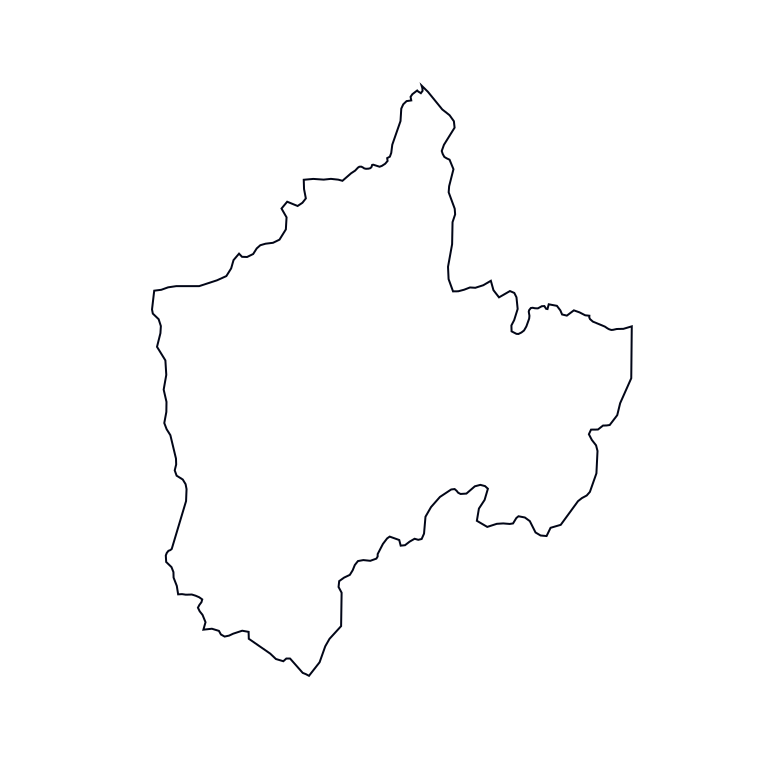 map outline of Masovian (Equal Earth projection), rotated 280°
{"feature_id": "POL-3148", "entity_name": "Masovian", "entity_type": "Voivodeship", "adm_level": 1, "iso_a3": "POL", "parent_name": "Poland", "parent_adm1": "", "projection": "equal_earth", "projection_center": [21.23, 52.228], "detail": "fine", "context": "isolated", "style": "outline", "palette": "ink", "viewbox_px": 768, "rotation_deg": 280, "n_neighbors": 0, "source": "natural_earth", "source_scale": "10m", "svg_char_len": 3505}
<svg xmlns="http://www.w3.org/2000/svg" viewBox="0 0 768 768"><g transform="rotate(280 384 384)"><path d="M436.0,141.5L438.1,148.3L441.7,154.6L444.3,162.4L448.3,185.0L457.1,201.5L462.9,210.0L471.3,213.4L479.9,214.3L487.2,218.6L484.6,222.1L485.3,227.1L489.3,232.6L495.4,235.1L499.2,238.1L501.6,243.0L503.8,250.2L508.0,256.0L519.2,260.5L531.2,259.1L539.0,252.6L546.7,257.0L544.3,268.0L548.3,272.2L553.2,274.8L562.1,271.4L571.2,269.5L573.7,278.8L574.8,289.1L576.8,296.1L577.3,303.5L576.9,307.8L585.8,315.0L589.1,318.5L592.6,320.8L593.7,322.0L594.1,323.9L593.6,325.6L592.9,327.1L592.8,328.9L593.4,331.4L594.2,333.1L595.5,334.0L597.7,334.3L598.1,335.3L597.2,341.9L598.4,344.0L601.1,346.9L604.3,348.8L607.0,347.9L608.9,350.3L612.8,351.0L621.1,350.6L645.8,354.6L658.2,353.2L662.8,354.4L666.5,357.1L668.0,361.6L671.4,360.3L674.3,361.6L678.8,365.7L678.0,366.8L677.2,368.9L676.8,369.8L679.4,371.1L682.0,370.4L684.4,369.2L679.4,376.5L664.5,393.7L660.1,401.9L654.9,407.2L648.7,409.0L630.0,401.5L623.5,400.4L620.7,401.9L618.1,404.0L617.1,406.6L616.3,409.6L607.6,415.1L590.1,413.8L584.0,414.4L568.9,423.2L563.4,424.6L555.3,423.4L533.5,426.8L510.5,426.7L498.5,429.4L487.2,435.9L488.2,441.0L490.8,446.6L494.0,451.9L494.6,457.2L498.5,464.6L504.2,471.3L495.4,475.5L489.3,482.2L497.4,491.9L496.3,496.5L492.4,499.4L481.1,502.6L469.5,501.1L463.8,499.3L458.0,500.5L456.4,505.7L456.6,507.7L458.6,510.4L461.0,512.6L465.4,514.2L473.6,515.6L476.4,515.4L480.3,514.0L481.9,514.1L484.3,515.4L484.9,517.2L484.8,519.5L485.2,522.4L488.0,525.9L488.6,528.4L486.2,530.6L486.2,532.0L491.1,532.4L491.0,540.7L487.1,544.9L483.4,547.3L483.1,552.2L489.5,558.2L488.5,564.1L486.6,570.2L486.9,574.4L485.2,574.6L483.7,575.6L481.7,578.9L478.9,591.5L477.6,594.4L477.0,596.2L476.7,598.5L477.1,600.1L478.6,603.7L479.9,610.2L483.8,618.0L432.6,626.5L406.1,619.9L393.8,619.1L382.8,613.4L381.8,610.3L381.1,606.9L376.3,602.6L375.0,595.8L370.1,594.5L365.1,598.3L360.4,603.5L355.1,605.9L332.9,608.7L313.5,605.5L309.4,603.0L306.0,598.7L302.3,595.4L276.0,582.5L271.3,573.0L262.5,570.5L262.0,564.5L264.1,559.0L274.3,551.4L277.0,545.9L277.1,539.4L275.0,537.6L269.1,535.3L268.0,532.1L267.4,525.6L265.9,519.4L261.2,510.5L265.4,499.2L277.8,499.1L287.3,503.2L298.9,504.5L301.0,501.2L301.4,496.4L299.0,491.2L290.4,484.2L289.0,478.5L289.8,475.9L291.4,474.1L292.8,471.8L291.8,468.5L282.5,458.7L271.0,451.7L260.5,447.9L243.6,449.4L237.9,448.0L236.5,444.8L236.9,441.0L233.2,436.6L228.9,432.7L227.7,428.5L233.0,426.1L234.7,416.1L232.5,413.9L226.3,410.7L215.4,407.3L213.0,407.7L210.7,406.8L207.5,401.2L207.0,394.2L205.1,389.1L200.7,386.7L195.1,385.5L190.1,383.5L186.4,378.3L182.1,374.1L176.2,374.5L171.1,378.5L138.1,383.8L123.6,374.6L115.5,371.7L98.8,368.9L83.6,360.8L84.7,357.4L85.4,354.1L97.3,339.2L96.7,335.5L93.5,333.0L94.4,325.3L98.7,318.8L109.6,295.1L116.4,293.7L116.4,287.2L111.9,278.8L109.3,275.1L107.6,270.9L109.0,266.9L112.2,264.3L113.1,257.0L110.7,248.8L118.4,249.6L125.1,245.4L128.1,242.0L131.4,239.6L134.5,240.6L137.4,242.1L140.3,242.4L141.9,239.0L142.8,235.2L143.3,231.3L142.1,225.5L142.0,221.6L141.1,217.8L149.2,215.0L156.8,210.4L162.2,209.3L166.8,206.5L170.9,200.4L177.2,198.9L179.9,199.4L182.3,200.7L183.3,202.4L184.7,203.6L234.3,209.4L246.2,207.8L250.9,206.0L255.0,202.4L257.7,195.7L262.6,192.9L268.7,193.3L274.4,192.1L296.5,182.5L301.7,177.8L307.4,174.4L318.7,174.5L328.6,172.9L340.2,168.0L355.2,168.0L369.3,164.6L381.2,154.0L395.2,155.0L402.3,154.2L408.7,150.8L413.2,144.1L417.1,142.6L436.0,141.5Z" fill="none" stroke="#020617" stroke-width="2"/></g></svg>